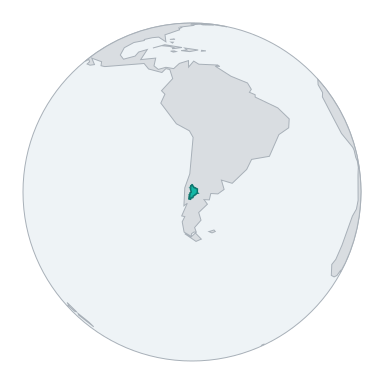 globe centered on Neuquén
{"feature_id": "ARG-1276", "entity_name": "Neuquén", "entity_type": "Province", "adm_level": 1, "iso_a3": "ARG", "parent_name": "Argentina", "parent_adm1": "", "projection": "orthographic", "projection_center": [-70.544, -38.612], "detail": "fine", "context": "on_globe", "style": "filled", "palette": "teal", "viewbox_px": 384, "rotation_deg": 0, "n_neighbors": 0, "source": "natural_earth", "source_scale": "10m", "svg_char_len": 5304}
<svg xmlns="http://www.w3.org/2000/svg" viewBox="0 0 384 384"><circle cx="192" cy="192" r="169" fill="#eef3f6" stroke="#a8b0b8"/><path d="M213.7,24.4L211.7,24.2L199.8,23.3L190.9,23.6L202.6,23.5L204.4,24.1L207.1,24.5L210.4,24.7L212.1,24.6L213.9,25.1L203.1,24.9L201.2,24.5L204.7,24.4L199.1,24.2L191.8,24.8L193.3,25.5L180.7,27.0L181.6,27.6L179.3,28.6L178.7,27.3L179.6,29.8L165.0,34.8L165.9,41.8L158.7,37.1L152.2,37.7L144.3,39.5L144.3,40.5L133.9,42.5L124.3,47.7L120.3,55.0L123.5,59.2L135.1,56.1L138.7,52.0L147.3,49.5L140.7,59.6L155.7,58.1L154.0,65.9L158.3,69.4L165.9,67.3L173.7,68.6L179.4,63.4L188.5,60.6L188.6,67.1L193.7,61.1L198.8,64.2L217.0,65.0L215.6,66.4L230.9,76.2L247.5,83.0L251.3,89.3L249.4,92.3L255.1,94.7L255.2,97.1L277.8,107.9L289.2,118.9L288.7,127.8L278.9,134.6L269.4,156.3L251.6,159.4L246.7,169.4L232.2,183.3L221.4,180.1L224.1,189.4L217.9,193.9L210.8,193.5L209.3,199.9L204.0,199.6L207.4,204.2L198.7,212.5L201.0,220.2L194.6,227.5L196.3,232.2L194.0,232.0L191.5,233.7L191.2,236.4L184.1,232.1L182.2,221.8L184.8,216.6L181.7,215.9L187.3,203.2L183.9,205.8L184.8,187.8L189.8,173.8L193.1,137.4L189.4,130.8L176.4,123.8L160.8,103.1L164.9,94.2L161.5,90.7L172.7,78.6L169.8,69.5L165.9,68.6L161.9,72.5L148.6,69.0L144.1,63.5L104.7,66.6L101.0,65.7L101.6,61.7L91.8,58.2L94.5,64.6L90.0,65.2L87.1,64.0L89.6,61.8L88.8,59.4L85.3,61.3L86.6,60.0L96.5,52.6L106.9,46.0L117.7,40.2L129.0,35.2L140.6,31.0L152.5,27.7L164.5,25.3L176.8,23.7L189.1,23.1L201.4,23.3L213.7,24.4ZM164.8,44.7L182.0,47.5L172.1,48.8L174.0,47.8L169.7,46.4L161.6,45.7L152.9,48.0L164.8,44.7ZM172.9,39.4L169.9,39.4L172.8,39.1L172.9,39.4ZM196.0,241.4L184.7,233.7L191.0,237.0L195.4,233.0L201.3,239.1L196.0,241.4ZM208.9,231.6L214.0,230.0L215.3,231.5L212.0,232.9L208.9,231.6ZM345.2,263.2L345.3,262.9L340.2,272.5L340.2,270.9L336.9,275.5L334.1,276.9L331.3,275.4L331.8,264.4L335.8,259.4L342.0,245.2L352.4,216.1L356.4,209.1L358.1,200.4L358.0,175.1L358.3,167.3L357.3,161.0L355.8,157.5L354.1,150.2L352.8,147.4L341.5,133.5L335.5,122.1L322.4,96.9L322.6,92.6L318.1,84.7L317.8,79.2L325.7,88.6L332.8,98.7L339.3,109.2L344.9,120.1L349.7,131.4L353.7,143.1L356.9,155.0L359.1,167.1L360.5,179.3L361.0,191.6L360.5,203.9L359.2,216.1L357.0,228.3L353.9,240.2L350.0,251.8L345.2,263.2ZM322.5,84.8L324.0,86.7L322.5,84.8ZM217.6,65.0L219.8,66.5L216.9,66.2L217.6,65.0ZM170.6,51.1L174.3,50.9L176.2,51.6L173.3,52.1L170.6,51.1ZM201.6,50.3L205.9,50.9L201.4,51.2L201.6,50.3ZM184.7,48.0L198.2,50.0L189.6,51.6L181.1,50.6L187.0,49.9L184.7,48.0ZM171.0,42.1L173.3,42.2L172.5,43.1L171.0,42.1ZM175.0,39.2L174.1,39.4L173.0,38.8L175.0,39.2ZM205.0,24.1L205.9,24.2L209.3,24.5L207.7,24.5L205.0,24.1ZM218.2,25.1L217.9,25.1L224.3,26.2L226.8,27.0L223.9,26.2L222.2,26.1L213.9,24.7L217.3,24.9L218.2,25.1ZM204.1,23.5L208.8,24.0L203.4,23.5L204.1,23.5ZM264.6,344.0L261.0,345.6L263.2,344.4L264.6,344.0ZM78.7,315.1L78.0,313.4L82.8,317.2L89.0,322.2L93.7,326.8L78.7,315.1ZM74.5,311.2L70.1,307.2L67.3,305.4L69.2,306.2L67.1,302.5L76.9,312.1L74.5,311.2Z" fill="#d9dde1" stroke="#a8b0b8" stroke-width="1"/><path d="M192.1,184.8L192.2,184.7L192.3,184.7L192.4,184.8L192.4,185.0L192.4,185.3L192.5,185.4L192.7,185.6L192.8,185.7L192.8,185.9L192.9,186.0L193.1,186.1L193.2,186.3L193.3,186.3L193.4,186.5L193.5,186.6L193.7,186.8L193.8,186.9L193.8,187.0L193.7,187.2L193.7,187.3L193.9,187.5L194.0,187.6L194.3,187.7L194.4,187.8L194.5,187.8L194.9,187.7L195.0,187.7L195.2,187.8L195.3,187.8L195.5,188.0L195.6,188.3L195.8,188.4L196.2,188.4L196.3,188.5L196.5,188.5L196.8,188.6L196.9,188.8L197.4,189.0L197.3,192.2L197.3,192.3L197.4,192.5L197.7,192.9L197.7,193.0L197.8,193.1L197.7,193.1L197.8,193.1L197.6,193.2L197.4,193.2L197.2,193.2L196.9,193.2L196.7,193.4L196.7,193.5L196.4,193.6L196.3,193.8L196.2,193.9L196.1,194.0L195.9,194.2L195.9,194.3L195.7,194.4L195.6,194.6L195.4,194.7L195.2,194.7L195.1,194.8L194.9,194.9L194.9,195.0L194.7,195.3L194.4,195.5L194.1,195.6L193.4,195.9L193.3,196.0L193.2,196.3L193.2,196.6L193.1,196.8L193.1,197.0L193.0,197.3L192.9,197.5L192.7,197.7L192.3,197.8L192.2,197.8L192.1,197.7L191.9,197.6L191.8,197.8L191.7,197.8L191.4,197.8L191.2,197.9L191.0,198.0L190.9,198.2L190.8,198.3L190.7,198.3L190.7,198.5L190.8,198.6L190.9,198.8L190.7,199.1L190.5,199.3L190.4,199.3L190.2,199.3L189.8,199.1L189.7,199.1L189.4,199.1L189.1,199.1L189.1,198.9L189.0,198.6L188.9,198.6L188.8,198.2L189.0,198.0L189.1,197.9L189.0,197.7L189.2,197.4L189.3,197.3L189.5,197.1L189.4,197.0L189.4,196.9L189.4,197.0L189.2,196.9L189.1,196.7L189.1,196.4L189.3,196.4L189.5,196.3L189.4,196.2L189.5,196.1L189.6,195.9L189.5,195.7L189.4,195.7L189.4,195.4L189.4,195.2L189.3,194.9L189.5,194.9L189.6,195.0L189.8,195.0L189.8,194.9L189.7,194.7L189.8,194.6L189.9,194.4L189.9,194.2L190.0,194.2L190.0,193.8L190.0,193.4L190.0,193.2L190.0,192.9L190.3,192.7L190.6,192.6L190.8,192.4L191.0,192.4L191.2,192.2L191.3,192.0L191.3,191.9L191.2,191.7L191.0,191.4L190.9,191.0L190.9,190.9L190.9,190.7L190.9,190.4L190.8,190.2L190.7,190.0L190.7,189.9L190.6,189.7L190.5,189.3L190.5,189.2L190.6,188.9L190.7,188.7L190.5,188.4L190.5,188.2L190.4,188.1L190.5,188.1L190.6,187.9L190.6,187.7L190.6,187.4L190.5,187.2L190.4,187.2L190.5,187.2L190.6,186.9L190.5,186.7L190.6,186.4L190.8,186.3L190.8,186.1L190.8,185.8L190.8,185.7L191.0,185.7L191.3,185.5L191.6,185.5L191.6,185.4L191.6,185.2L191.8,184.9L191.9,184.7L192.0,184.7L192.1,184.8Z" fill="#14b8a6" stroke="#0f766e" stroke-width="1.5"/></svg>